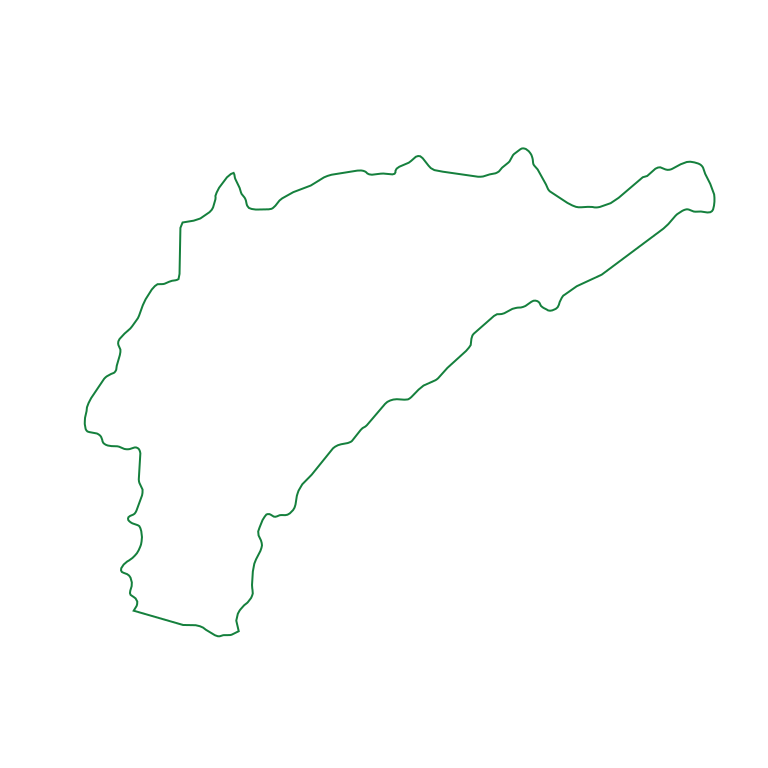 outline of Phrae, rotated 192°
{"feature_id": "THA-395", "entity_name": "Phrae", "entity_type": "Province", "adm_level": 1, "iso_a3": "THA", "parent_name": "Thailand", "parent_adm1": "", "projection": "albers", "projection_center": [100.043, 18.254], "detail": "fine", "context": "isolated", "style": "outline", "palette": "green", "viewbox_px": 768, "rotation_deg": 192, "n_neighbors": 0, "source": "natural_earth", "source_scale": "10m", "svg_char_len": 4949}
<svg xmlns="http://www.w3.org/2000/svg" viewBox="0 0 768 768"><g transform="rotate(192 384 384)"><path d="M581.7,110.2L579.8,115.6L579.7,117.4L580.1,119.9L582.4,122.6L584.5,123.6L588.0,125.0L589.0,126.6L589.2,129.1L588.8,133.8L589.4,137.5L591.7,141.9L593.5,143.6L595.7,144.6L599.6,145.2L601.4,145.7L602.5,147.1L602.7,149.2L601.1,153.3L598.2,157.1L597.0,158.1L593.9,161.5L592.1,164.2L590.5,167.1L589.4,170.4L588.6,174.3L588.3,176.5L588.4,179.6L588.9,183.9L590.8,189.5L592.3,192.3L593.8,194.1L595.5,194.7L601.2,195.4L603.0,196.0L604.6,196.8L605.8,197.7L606.4,199.1L606.3,200.5L605.0,202.1L602.0,204.2L601.0,205.3L600.3,206.8L599.8,208.7L597.5,224.8L597.6,227.3L598.2,230.5L602.7,236.4L603.4,237.8L604.0,239.6L607.9,265.5L608.5,266.9L609.3,268.3L610.3,269.4L611.6,270.1L613.4,270.4L614.9,270.0L619.2,267.5L620.9,266.9L622.6,266.6L624.5,266.5L630.1,267.6L632.0,267.6L637.6,266.6L641.4,266.4L643.4,266.7L645.1,267.3L646.4,268.1L647.4,269.4L648.0,270.8L649.6,273.3L650.3,274.0L651.1,274.6L652.3,275.2L653.1,275.5L654.5,275.9L662.3,275.7L664.2,275.9L665.5,276.8L666.5,278.0L668.4,282.7L668.9,285.4L669.4,288.8L669.3,295.7L669.7,299.4L669.0,304.0L667.5,309.4L658.8,331.0L657.7,332.7L656.7,333.9L653.0,337.1L650.7,338.6L650.1,339.2L649.4,340.5L648.9,342.2L649.2,346.3L648.4,357.3L648.5,360.5L649.0,362.9L651.9,366.9L652.5,368.4L652.7,370.5L652.0,373.1L648.3,379.3L643.7,385.5L642.4,388.0L638.4,397.2L637.8,399.9L636.3,410.9L634.8,417.3L630.8,428.1L628.5,432.1L626.3,434.5L620.9,435.8L619.4,436.5L615.5,439.3L612.8,440.9L609.5,442.1L608.0,442.9L606.8,443.9L606.9,449.2L615.6,494.4L614.6,500.1L604.1,504.2L598.6,507.4L597.9,507.9L590.4,515.8L588.7,518.6L587.9,521.2L587.3,529.5L587.5,531.3L588.0,532.9L587.5,536.5L586.1,541.7L580.6,553.5L577.4,557.6L575.0,559.2L574.0,557.9L572.7,554.7L571.9,553.4L566.0,545.8L563.7,541.6L562.8,540.3L559.1,537.3L558.1,536.1L557.2,534.7L555.8,531.5L555.0,530.1L553.9,529.1L552.7,528.1L549.7,527.7L545.5,528.0L533.1,530.9L530.4,532.0L529.2,533.1L527.3,535.8L524.4,541.7L522.2,544.4L512.6,552.8L496.9,562.9L485.7,573.6L482.5,575.8L478.8,577.8L454.4,587.2L450.8,588.1L448.8,588.2L447.0,588.0L445.4,587.4L444.1,586.5L442.1,586.0L439.3,586.2L431.1,589.0L428.5,589.7L419.3,590.8L417.4,591.8L416.8,593.4L417.1,595.0L416.4,597.3L414.2,599.7L405.8,605.6L403.8,607.9L400.1,612.9L398.0,614.1L395.9,614.3L393.1,612.9L385.8,606.8L383.1,604.9L379.2,603.7L370.7,603.9L335.0,606.3L332.7,606.8L330.2,607.6L324.2,611.0L318.7,613.3L317.0,614.6L315.7,615.9L313.5,620.1L308.4,626.4L307.5,627.8L305.4,634.7L304.6,636.0L299.3,642.1L298.0,643.1L296.3,643.5L294.2,643.4L290.8,641.8L289.0,640.3L287.6,638.9L286.7,637.5L285.9,636.1L285.2,634.6L284.1,631.2L283.4,629.8L282.2,628.7L278.3,625.8L267.0,612.8L264.2,608.9L263.1,607.8L261.8,606.9L242.3,599.3L236.9,597.8L233.1,597.2L230.7,597.3L228.1,597.8L221.3,599.7L216.8,600.5L215.0,600.5L213.2,600.8L211.5,601.3L209.6,602.1L199.9,608.0L193.2,614.9L173.9,640.0L169.8,642.2L163.3,651.0L161.0,652.7L158.8,653.4L153.3,652.4L151.3,652.4L149.7,652.8L148.1,653.5L146.8,654.4L139.5,660.6L134.0,664.1L130.7,665.1L126.5,665.3L122.6,665.0L120.8,664.6L119.2,663.9L117.8,662.9L116.8,661.8L113.5,656.3L106.5,647.6L100.5,638.1L99.5,634.9L98.7,631.1L98.3,627.1L98.4,623.1L99.1,621.3L100.5,619.9L103.3,619.0L109.9,618.6L115.1,617.3L116.9,617.1L122.2,618.0L124.0,617.9L125.6,617.2L126.9,616.4L128.2,615.4L132.6,611.0L133.9,609.1L139.1,599.6L142.9,594.2L193.8,536.2L215.8,519.7L226.3,508.4L226.9,507.9L227.4,506.9L228.1,505.1L229.2,500.7L229.4,497.9L230.1,495.2L231.6,493.2L234.7,491.0L236.8,490.2L238.8,490.1L240.4,490.7L243.8,491.6L245.4,492.3L246.8,493.1L248.7,495.6L250.0,496.5L251.6,497.0L253.4,497.0L255.1,496.5L256.9,495.1L261.9,489.7L264.0,488.3L266.0,487.3L269.4,486.4L271.0,485.7L274.0,484.2L281.1,478.2L283.5,476.9L285.9,476.2L287.9,475.8L290.6,473.4L306.7,451.8L307.6,449.9L307.9,446.5L307.3,440.1L308.5,437.2L310.6,433.4L325.3,413.0L332.3,400.8L333.6,399.2L334.7,398.2L345.0,390.7L349.0,385.7L354.6,376.8L356.0,375.1L357.4,373.9L360.7,372.9L368.3,371.8L371.7,370.7L374.6,369.1L377.0,367.2L378.8,364.8L392.2,340.1L393.4,338.5L395.8,336.4L397.2,334.3L403.5,321.6L404.5,320.5L405.8,319.6L407.2,318.7L413.5,316.1L416.4,314.5L418.8,312.5L420.5,310.5L435.9,280.2L443.1,268.9L445.4,261.9L445.7,259.6L446.0,256.5L445.5,247.7L445.8,244.5L446.7,241.8L449.2,237.9L451.2,236.1L453.3,235.2L457.0,234.5L458.7,234.0L461.3,232.2L462.8,231.5L464.3,231.4L467.3,232.5L468.9,232.9L470.6,232.6L471.9,231.9L473.1,229.5L474.5,225.7L475.9,217.7L476.4,213.6L475.2,209.8L471.8,205.4L470.6,203.1L469.8,200.8L469.8,198.3L470.2,195.0L472.7,185.9L473.5,181.3L473.3,173.3L471.3,159.9L470.4,156.8L469.8,155.2L468.8,151.8L469.0,149.6L469.5,147.1L471.7,142.5L472.2,141.6L474.8,138.5L477.3,134.1L478.1,132.5L479.2,128.9L479.3,121.8L474.7,112.0L480.9,107.1L482.4,106.4L489.0,104.9L492.2,103.1L494.0,102.7L497.1,103.1L507.2,106.6L510.3,108.1L513.7,108.8L518.1,108.9L530.5,106.5L581.7,110.2Z" fill="none" stroke="#15803d" stroke-width="2"/></g></svg>